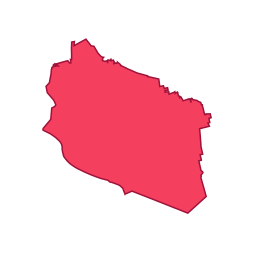 outline of Navolato, Sinaloa, Mexico, rotated 347°
{"feature_id": "50627088B58275904386471", "entity_name": "Navolato", "entity_type": "district", "adm_level": 2, "iso_a3": "MEX", "parent_name": "Mexico", "parent_adm1": "Sinaloa", "projection": "robinson", "projection_center": [-107.725, 24.725], "detail": "fine", "context": "isolated", "style": "filled", "palette": "rose", "viewbox_px": 256, "rotation_deg": 347, "n_neighbors": 0, "source": "geoboundaries", "source_scale": "gbopen_adm2", "svg_char_len": 5063}
<svg xmlns="http://www.w3.org/2000/svg" viewBox="0 0 256 256"><g transform="rotate(347 128 128)"><path d="M45.3,109.3L45.0,109.8L44.8,110.3L44.7,110.8L45.6,111.7L51.2,116.3L54.6,120.1L55.8,121.6L56.8,123.1L57.8,124.6L58.5,125.8L59.0,126.9L59.1,127.3L59.2,127.5L59.3,127.9L59.4,128.1L59.4,128.3L59.5,128.6L59.6,128.8L59.6,129.1L59.6,129.3L59.6,129.5L59.6,129.8L59.7,130.0L59.6,130.4L59.6,131.1L59.6,132.1L59.4,132.5L59.1,133.3L59.1,133.8L59.0,134.2L59.0,134.5L59.0,134.8L59.0,135.1L58.9,135.5L58.9,135.9L58.9,136.3L58.9,136.7L58.9,136.9L58.9,137.2L58.9,137.8L59.0,138.1L59.0,138.5L59.0,138.8L58.9,139.3L59.0,139.4L59.0,139.7L58.9,140.0L59.0,140.2L58.9,140.5L59.1,141.2L59.2,141.7L59.3,142.1L59.5,142.5L59.7,142.9L59.8,143.2L60.0,143.7L60.3,144.3L60.8,145.1L61.0,145.6L61.1,145.9L61.3,146.2L61.3,146.3L61.4,146.5L61.5,146.6L61.6,146.8L61.8,147.1L62.0,147.4L62.1,147.6L62.3,147.9L62.4,148.1L63.0,149.1L63.2,149.3L63.3,149.4L63.4,149.6L63.7,149.9L64.0,150.3L64.3,150.7L65.4,151.9L65.7,152.2L65.8,152.4L65.9,152.5L66.2,152.8L66.5,153.1L67.0,153.6L67.6,154.3L69.2,155.7L70.9,157.2L72.6,158.5L74.6,160.2L77.4,162.3L80.6,164.7L85.0,167.7L90.6,171.3L92.3,172.1L94.8,173.5L95.5,173.8L96.0,173.9L97.6,175.5L97.8,176.2L98.3,176.6L100.4,177.6L105.9,181.2L107.3,182.5L108.8,184.7L109.5,185.9L109.6,187.8L109.8,189.2L110.0,190.0L110.1,191.2L110.2,191.8L110.3,191.7L110.6,191.6L111.6,191.5L117.7,190.4L141.9,207.0L167.1,224.4L188.8,212.3L187.9,193.6L187.8,193.0L188.1,192.1L188.5,191.6L188.6,191.3L188.5,191.0L188.4,190.7L188.5,190.4L188.8,190.1L189.9,189.3L190.8,188.5L191.0,188.3L191.0,188.0L190.9,187.6L190.3,186.7L189.6,186.0L189.6,184.4L189.6,183.0L189.6,175.9L192.2,175.9L192.3,174.4L192.2,170.3L194.9,170.3L194.9,167.4L194.9,164.6L194.9,164.4L194.9,161.8L194.9,161.6L195.0,161.5L195.2,161.3L195.2,161.1L195.5,159.4L195.7,157.7L196.1,155.5L196.6,151.9L197.2,147.7L197.4,146.5L197.6,144.8L201.8,144.7L203.1,144.7L203.3,144.7L203.5,144.7L207.7,144.6L207.0,141.1L208.9,141.1L209.0,138.4L209.1,136.7L209.4,136.7L209.6,136.7L211.3,136.7L211.3,136.0L211.3,135.4L211.3,135.2L211.3,134.4L211.3,132.7L209.0,132.3L207.5,131.9L207.4,132.0L207.3,132.3L207.0,132.4L206.3,132.5L206.3,131.8L205.7,131.7L205.6,126.8L205.6,124.6L205.5,124.2L205.5,123.0L205.6,122.1L204.8,121.9L204.7,120.2L204.6,119.4L203.7,118.8L203.6,118.7L203.3,118.6L201.8,117.2L201.6,116.9L201.4,116.7L201.2,116.6L200.8,116.4L200.3,116.2L198.6,115.4L198.0,115.1L197.5,114.9L197.4,114.8L197.3,114.7L197.2,114.6L197.2,114.1L197.1,113.7L196.9,113.5L196.8,113.4L196.7,113.4L196.3,113.5L196.3,114.0L195.3,114.1L195.3,116.7L195.0,116.7L195.0,116.1L195.0,115.7L195.0,115.2L195.0,114.5L195.0,113.9L195.0,113.7L193.9,113.7L193.9,113.3L192.1,113.5L190.3,113.7L189.0,113.8L187.8,113.9L187.7,113.5L187.6,113.1L187.6,112.9L187.3,112.0L187.1,111.4L186.9,110.8L186.8,110.5L186.6,109.9L186.4,109.4L185.4,110.0L185.4,109.5L185.3,109.3L185.1,109.2L185.0,108.5L184.8,107.9L184.4,107.9L184.4,107.6L184.4,107.1L184.3,106.5L184.3,106.1L184.3,105.8L184.4,105.5L184.4,105.2L184.5,104.9L184.4,104.6L184.2,104.1L181.8,104.9L181.8,103.2L181.0,103.6L180.8,103.6L179.1,103.8L176.9,104.1L175.6,104.3L175.8,102.8L175.9,101.8L172.2,101.5L172.5,99.8L175.6,100.1L175.6,97.6L172.3,97.6L172.0,94.8L168.3,94.7L169.0,87.2L165.5,85.5L158.6,82.2L158.9,81.7L158.4,81.3L157.4,80.8L156.9,80.6L155.7,79.9L154.6,79.3L153.8,78.9L153.0,78.4L152.9,78.4L151.9,77.9L151.6,77.7L151.3,77.5L150.8,77.3L150.5,77.1L149.5,76.6L148.4,75.8L148.1,75.6L146.8,74.6L146.7,74.5L146.4,74.3L144.0,72.5L143.2,71.9L141.8,70.9L141.2,70.5L138.6,68.3L137.5,67.5L136.7,66.8L136.3,66.5L135.9,66.1L135.4,65.8L135.0,65.4L134.9,65.4L135.0,64.8L135.0,64.7L134.9,64.6L134.1,63.4L133.6,62.8L133.3,62.5L132.8,61.8L132.8,62.3L132.0,62.1L131.4,62.0L130.9,61.9L130.9,62.2L130.6,62.1L129.8,62.1L129.2,62.1L128.6,62.1L128.7,61.9L129.0,61.4L129.3,60.9L129.5,60.5L129.5,60.4L129.2,60.3L129.1,58.6L128.7,58.5L127.9,58.7L127.1,58.9L127.0,58.6L126.9,58.3L126.8,57.7L126.9,57.1L126.7,57.1L126.5,57.3L126.3,57.4L126.2,57.5L125.9,58.2L125.5,58.0L125.4,58.0L123.8,57.2L123.1,58.8L123.0,59.1L122.9,58.9L122.8,59.0L122.7,59.0L122.7,58.9L122.3,57.8L121.8,57.8L121.3,57.8L120.6,57.8L120.4,57.9L120.2,57.7L119.9,57.6L118.2,56.3L118.9,55.0L119.6,53.9L120.1,53.6L119.0,53.1L118.1,52.7L115.6,48.4L113.2,40.7L110.6,39.7L107.0,32.0L102.2,33.3L101.6,33.5L100.5,33.8L100.1,33.9L99.0,34.2L97.2,34.7L95.9,35.1L95.5,35.2L94.0,35.6L94.2,34.7L94.3,34.6L94.5,33.9L94.9,32.6L95.0,32.4L95.0,32.2L95.1,31.9L95.2,31.7L94.6,31.7L93.9,31.6L93.1,31.6L92.5,31.6L92.3,32.1L92.0,33.3L91.6,34.9L91.1,36.4L89.7,43.1L89.4,44.6L89.0,46.0L88.6,47.9L88.4,48.7L87.3,48.3L87.3,49.9L87.0,50.3L86.9,51.7L85.6,51.4L84.6,49.3L84.5,48.9L83.1,48.9L82.5,48.9L74.1,49.3L72.8,49.4L73.9,51.9L72.5,51.3L72.3,50.9L71.4,51.5L70.7,51.5L70.6,51.0L71.0,50.2L71.8,50.0L71.3,48.9L70.8,49.1L69.4,49.8L69.0,51.3L68.4,51.8L68.2,51.6L67.7,51.8L67.2,52.3L67.1,53.0L66.9,53.3L66.5,53.7L66.2,54.8L65.6,56.6L65.3,57.7L61.5,66.3L57.5,69.0L57.3,75.4L61.9,84.2L62.9,89.0L61.6,90.5L58.2,91.4L54.7,102.2L45.3,109.3Z" fill="#f43f5e" stroke="#9f1239" stroke-width="1.5"/></g></svg>